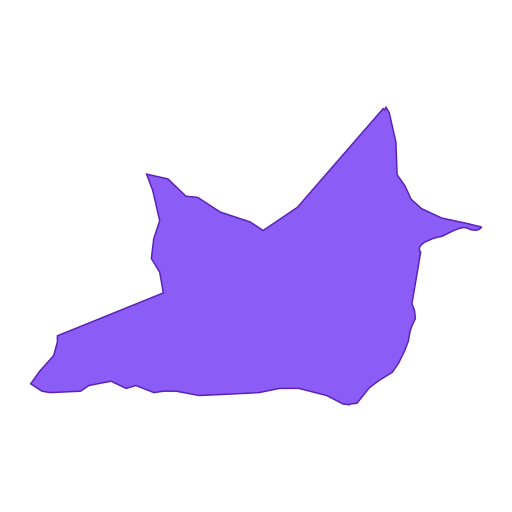 Mal Maison, Soufrière, Saint Lucia
{"feature_id": "8701671B16128625192304", "entity_name": "Mal Maison", "entity_type": "district", "adm_level": 2, "iso_a3": "LCA", "parent_name": "Saint Lucia", "parent_adm1": "Soufrière", "projection": "albers", "projection_center": [-61.046, 13.875], "detail": "fine", "context": "isolated", "style": "filled", "palette": "violet", "viewbox_px": 512, "rotation_deg": 0, "n_neighbors": 0, "source": "geoboundaries", "source_scale": "gbopen_adm2", "svg_char_len": 1584}
<svg xmlns="http://www.w3.org/2000/svg" viewBox="0 0 512 512"><path d="M386.0,107.3L384.7,109.9L383.2,108.6L344.9,152.6L306.0,197.4L304.2,199.5L297.6,207.2L263.1,230.5L260.0,228.4L250.1,221.9L220.3,212.1L197.7,197.4L185.9,196.2L168.0,179.0L146.6,174.1L151.5,187.3L152.6,190.0L155.0,200.3L159.7,220.7L153.7,239.0L152.1,252.3L151.4,258.6L159.7,272.1L161.6,283.0L163.3,292.9L65.0,332.7L57.4,335.8L57.4,341.9L56.4,345.6L53.8,355.4L39.6,371.3L33.6,379.7L30.7,383.8L41.9,391.2L50.2,392.6L80.6,391.2L88.9,385.5L111.0,381.2L126.2,388.4L135.9,385.5L153.9,392.6L163.5,391.2L176.0,391.2L199.4,395.5L229.8,394.1L258.9,392.6L279.6,388.4L298.9,388.4L326.6,395.5L343.1,404.0L349.5,404.7L350.0,404.1L357.0,403.2L369.4,387.7L379.1,380.4L392.4,372.2L398.6,363.1L404.8,350.4L408.3,341.3L410.1,331.2L411.9,325.8L415.4,318.5L414.5,310.3L411.9,303.9L420.7,252.0L420.0,251.7L419.7,250.3L419.4,249.5L419.3,248.8L419.4,248.3L419.7,247.2L420.2,246.1L422.1,244.1L423.7,242.8L425.9,241.6L429.3,240.1L433.0,238.5L436.6,237.5L439.3,236.9L442.6,236.1L444.6,235.0L445.4,234.6L447.1,233.8L449.4,232.6L452.5,231.1L453.6,230.6L456.0,229.6L458.4,228.7L460.1,228.3L461.2,228.0L461.9,227.8L463.1,227.6L464.6,227.6L465.7,227.7L466.6,228.0L467.7,228.3L468.4,228.6L469.7,229.2L470.8,229.6L472.1,229.9L473.2,230.0L474.0,230.1L474.9,230.2L475.8,230.2L476.7,230.1L477.5,229.9L478.4,229.6L479.2,229.2L479.8,228.8L480.4,228.4L481.0,227.7L481.3,227.1L480.5,226.8L467.7,223.6L441.6,218.0L421.5,208.6L411.1,199.2L405.0,186.0L397.1,174.7L395.9,142.1L389.2,112.6L386.0,107.3Z" fill="#8b5cf6" stroke="#5b21b6" stroke-width="1.5"/></svg>